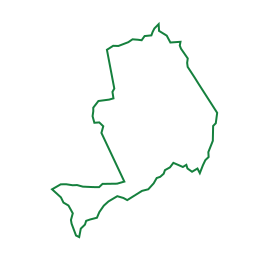 the district of Muliterno, Rio Grande do Sul, Brazil, rotated 254°
{"feature_id": "56859067B58975404223376", "entity_name": "Muliterno", "entity_type": "district", "adm_level": 2, "iso_a3": "BRA", "parent_name": "Brazil", "parent_adm1": "Rio Grande do Sul", "projection": "albers", "projection_center": [-51.789, -28.312], "detail": "fine", "context": "isolated", "style": "outline", "palette": "green", "viewbox_px": 256, "rotation_deg": 254, "n_neighbors": 0, "source": "geoboundaries", "source_scale": "gbopen_adm2", "svg_char_len": 1164}
<svg xmlns="http://www.w3.org/2000/svg" viewBox="0 0 256 256"><g transform="rotate(254 128 128)"><path d="M36.6,51.0L44.3,54.9L47.0,60.0L50.3,62.2L50.5,66.4L50.3,73.4L55.1,77.3L60.0,83.3L62.8,89.0L65.4,98.9L62.0,104.3L58.9,107.4L63.7,124.1L63.5,130.6L67.7,137.4L72.0,141.8L72.2,145.5L74.2,149.7L77.3,151.9L78.6,157.5L82.0,162.0L78.5,166.3L75.4,170.0L76.5,173.9L72.7,174.0L68.3,177.5L69.9,183.6L64.8,184.6L71.5,189.7L75.8,193.5L77.9,197.5L82.7,198.6L92.3,206.0L106.5,210.4L108.4,213.7L118.0,217.9L151.7,207.8L158.0,206.0L170.3,202.2L174.3,202.8L178.4,204.6L189.6,200.8L193.0,200.5L196.4,202.2L198.5,192.3L206.1,190.7L212.8,184.6L219.4,186.1L216.4,180.8L213.6,178.2L210.6,176.0L211.8,169.3L208.6,165.3L210.1,161.9L212.0,156.8L210.4,151.9L209.5,141.4L211.1,136.4L209.0,129.3L169.7,125.7L167.0,123.0L160.5,122.2L160.5,117.7L162.1,107.0L157.1,100.2L153.8,99.3L149.1,97.2L142.3,97.1L141.3,101.9L136.5,104.7L130.6,101.1L77.5,109.7L77.5,102.1L81.3,88.1L79.1,83.9L80.9,77.9L84.1,68.4L87.2,63.3L88.2,59.1L91.0,53.0L92.4,47.8L90.0,38.1L79.8,44.4L74.1,45.4L69.9,49.4L61.2,51.4L55.3,47.8L51.6,47.4L39.0,48.4L36.6,51.0Z" fill="none" stroke="#15803d" stroke-width="2"/></g></svg>